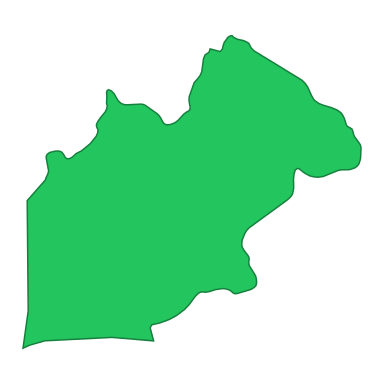 the Province of Nakhon Nayok
{"feature_id": "THA-409", "entity_name": "Nakhon Nayok", "entity_type": "Province", "adm_level": 1, "iso_a3": "THA", "parent_name": "Thailand", "parent_adm1": "", "projection": "albers", "projection_center": [101.238, 14.229], "detail": "fine", "context": "isolated", "style": "filled", "palette": "green", "viewbox_px": 384, "rotation_deg": 0, "n_neighbors": 0, "source": "natural_earth", "source_scale": "10m", "svg_char_len": 2460}
<svg xmlns="http://www.w3.org/2000/svg" viewBox="0 0 384 384"><path d="M167.1,124.8L169.9,124.6L173.4,123.4L175.7,122.2L178.0,120.4L183.8,114.1L186.3,112.2L188.6,111.0L189.8,109.6L190.2,107.4L189.0,100.9L189.2,96.7L194.2,82.6L197.5,78.9L200.1,75.5L201.7,72.0L203.5,58.7L205.1,54.9L209.0,52.3L210.1,48.9L219.9,51.5L221.3,50.4L222.5,48.7L223.1,45.7L224.2,42.5L228.0,37.2L230.4,35.8L232.3,35.8L233.1,36.7L233.5,37.3L237.5,39.3L243.6,40.6L246.7,42.0L248.8,43.3L250.5,46.8L251.6,48.4L254.1,50.9L302.1,80.3L305.4,83.7L307.6,86.9L311.6,95.7L313.5,99.1L314.7,100.5L317.7,102.7L319.3,103.7L323.2,105.2L331.3,107.6L336.9,109.9L340.1,112.1L341.5,113.4L342.5,114.9L343.4,116.5L344.3,118.4L346.2,124.4L347.0,126.0L348.5,127.1L350.2,127.9L351.8,128.9L352.6,130.5L353.7,134.7L354.4,136.5L359.8,143.9L360.6,145.7L361.0,147.9L360.6,157.7L360.2,160.0L358.9,163.9L357.4,165.9L355.2,167.7L350.3,169.5L347.3,169.8L342.3,169.8L340.1,170.0L338.0,170.5L323.2,176.5L318.8,177.1L316.4,177.1L314.1,176.9L309.8,175.9L304.6,173.1L298.8,168.6L297.2,168.6L295.3,169.9L294.0,174.3L293.5,179.2L293.7,187.5L293.4,189.9L292.4,194.4L290.5,196.9L287.6,199.7L249.1,227.8L246.6,230.5L244.7,233.7L242.1,240.3L241.8,243.8L242.0,246.6L243.7,249.9L248.3,256.0L249.0,257.5L249.1,259.7L248.8,261.8L248.9,264.0L249.4,265.8L255.4,275.5L256.0,277.4L256.4,279.4L256.6,281.4L256.5,283.3L256.3,284.6L255.6,286.1L253.7,287.8L250.8,289.5L236.9,293.6L234.9,293.7L233.3,293.1L231.4,291.4L230.2,290.5L228.7,289.8L226.7,289.1L224.5,288.7L222.5,288.6L215.6,289.6L209.6,291.5L205.7,292.2L201.3,291.9L198.3,293.3L195.3,296.3L189.2,304.6L184.4,309.6L176.1,315.8L169.2,319.5L160.0,322.9L151.8,324.8L150.8,326.6L150.2,327.9L153.6,340.9L112.0,337.4L44.8,340.8L29.9,345.1L23.0,348.2L28.2,310.9L27.2,200.6L45.4,179.9L45.9,178.0L47.5,174.7L48.2,172.8L48.6,171.0L46.3,158.4L46.2,156.3L47.4,154.1L49.8,152.4L55.3,151.1L58.6,151.0L61.1,151.7L62.5,153.0L63.7,154.5L64.5,156.2L65.5,157.7L67.1,158.8L69.2,158.7L72.1,157.3L76.1,153.6L81.4,150.9L90.1,143.8L96.2,136.3L97.7,132.7L98.0,129.7L97.1,128.0L96.5,126.2L96.5,124.3L97.9,121.4L100.3,117.9L105.3,111.8L106.8,108.4L107.2,105.6L106.6,103.5L106.6,101.4L106.9,96.8L106.6,92.5L107.1,90.6L108.4,89.7L111.2,90.8L112.8,92.3L114.2,93.9L118.0,100.5L120.7,103.1L122.4,104.0L124.4,104.6L126.8,104.8L141.0,104.1L143.1,104.4L145.1,105.2L157.4,113.9L158.6,115.1L159.8,116.6L160.8,118.1L162.5,121.4L163.6,123.1L165.1,124.3L167.1,124.8Z" fill="#22c55e" stroke="#15803d" stroke-width="1.5"/></svg>